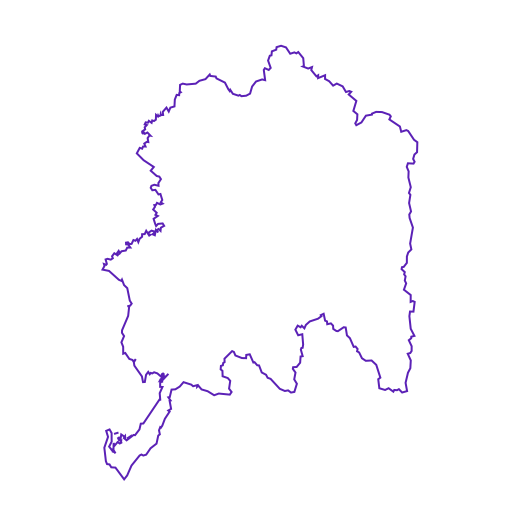 Friuli Venezia Giulia, Udine, Italy (Natural Earth projection), rotated 83°
{"feature_id": "23120603B53770696546298", "entity_name": "Friuli Venezia Giulia", "entity_type": "district", "adm_level": 2, "iso_a3": "ITA", "parent_name": "Italy", "parent_adm1": "Udine", "projection": "natural_earth1", "projection_center": [13.386, 46.114], "detail": "fine", "context": "isolated", "style": "outline", "palette": "violet", "viewbox_px": 512, "rotation_deg": 83, "n_neighbors": 0, "source": "geoboundaries", "source_scale": "gbopen_adm2", "svg_char_len": 6056}
<svg xmlns="http://www.w3.org/2000/svg" viewBox="0 0 512 512"><g transform="rotate(83 256 256)"><path d="M250.8,410.0L252.9,403.7L262.9,395.0L264.3,392.7L263.1,391.9L268.8,390.5L272.2,387.7L284.9,386.7L288.1,385.2L289.9,386.9L290.3,389.9L290.1,387.9L299.9,390.2L313.4,398.0L315.9,398.4L319.4,396.7L325.3,400.1L329.9,398.9L336.8,399.7L336.3,397.6L342.7,394.3L344.1,391.3L346.0,390.4L343.7,387.9L346.6,390.2L350.0,390.1L361.6,383.9L367.4,383.5L367.5,381.7L360.5,379.6L357.9,377.1L360.4,375.9L359.2,374.7L359.9,373.3L359.0,371.3L360.5,368.2L365.5,363.7L366.9,365.9L367.2,366.1L365.6,363.0L363.6,364.7L361.7,363.6L361.3,362.6L362.0,362.0L363.1,363.1L364.4,361.2L366.1,362.0L362.3,357.3L368.4,364.6L370.1,364.3L368.8,365.3L369.0,366.4L374.2,367.1L374.6,364.8L380.4,368.3L387.8,368.6L386.6,369.2L408.5,388.2L408.4,390.8L413.9,392.8L419.1,397.9L418.7,399.3L423.2,406.9L420.6,409.3L419.7,408.6L420.7,408.0L418.8,407.9L419.4,408.5L416.7,411.5L421.4,412.8L419.5,414.1L420.0,415.1L422.4,414.3L422.5,412.2L424.4,412.7L423.9,413.4L424.9,412.6L425.5,414.1L423.8,416.0L427.2,419.7L426.6,420.4L425.3,419.8L424.3,420.1L431.1,421.1L434.7,419.5L432.4,421.2L433.5,422.1L431.0,421.5L430.4,423.0L429.3,422.7L430.5,423.1L427.3,425.0L422.7,421.9L414.1,420.9L410.3,422.5L411.3,426.0L417.5,424.9L427.8,429.9L441.4,430.0L444.4,429.2L445.0,426.8L448.1,425.4L448.9,421.3L461.6,414.1L458.1,410.6L448.8,405.1L439.8,395.8L439.1,393.9L440.3,392.2L439.8,389.2L434.0,384.1L430.1,377.6L422.3,374.9L421.3,373.2L417.2,373.5L414.2,371.9L414.8,371.3L413.0,369.7L406.5,366.3L399.9,360.7L398.7,361.9L397.4,358.9L389.1,359.4L389.0,358.4L385.6,360.2L385.5,358.8L378.3,356.1L378.5,352.3L376.3,347.6L372.4,343.3L375.8,335.9L377.6,334.3L377.0,329.9L378.6,330.3L377.7,329.0L381.8,326.3L384.3,320.5L389.1,314.5L388.0,309.7L390.4,298.9L388.0,296.8L384.4,298.9L376.8,296.8L373.7,298.9L371.3,303.8L365.9,303.3L364.2,304.9L360.8,304.2L360.4,302.2L358.2,301.6L357.5,300.1L354.1,299.8L347.5,291.3L348.6,289.6L352.2,288.6L355.6,282.4L356.2,278.3L353.0,277.7L352.8,274.2L361.4,271.6L361.2,270.4L364.6,268.1L365.0,266.3L372.3,264.5L375.1,260.5L378.3,259.3L379.7,256.5L390.7,248.6L393.5,243.8L393.3,240.5L395.8,237.9L395.6,234.5L387.8,231.0L383.1,233.1L376.5,231.0L372.5,233.2L370.9,232.7L371.1,229.2L367.3,225.2L361.2,224.0L361.1,221.9L354.4,222.9L352.9,222.2L352.8,220.9L349.6,220.0L339.3,219.6L339.8,223.8L333.9,225.9L330.2,223.1L332.2,220.4L330.8,219.1L333.7,216.8L330.5,214.9L327.5,210.6L325.8,202.1L323.7,198.4L322.6,198.9L321.6,195.9L328.6,195.3L329.6,193.5L332.4,193.6L332.0,189.9L334.5,188.0L337.8,188.2L340.2,185.4L340.6,183.9L337.4,177.6L337.9,175.7L345.9,175.4L349.0,172.8L358.1,170.1L358.0,168.2L360.7,166.5L362.9,167.3L364.3,165.4L370.4,163.3L373.4,159.8L373.8,154.0L378.7,149.9L391.9,147.4L393.2,149.7L402.3,149.7L404.7,144.2L403.4,140.5L407.4,136.2L405.8,135.1L406.4,132.4L405.6,130.4L409.3,127.6L408.5,122.5L400.1,123.0L390.4,119.4L386.2,116.5L378.5,115.1L371.5,117.3L371.1,114.7L369.2,113.1L364.5,112.5L358.2,114.6L356.6,112.0L355.0,111.7L354.6,108.5L347.1,111.3L334.4,111.1L329.9,109.9L330.4,106.5L320.9,104.1L319.8,105.9L320.4,108.1L313.6,107.2L307.5,113.3L301.5,110.3L298.5,111.3L294.4,110.0L292.3,111.2L290.1,110.3L286.8,113.1L284.9,112.5L284.8,110.7L281.2,107.1L274.9,106.3L271.1,104.5L268.4,101.0L262.4,101.5L246.9,96.8L237.0,98.9L233.5,98.8L230.7,96.7L222.1,97.6L214.1,95.3L212.1,96.5L206.6,94.0L196.7,95.2L190.6,94.2L185.9,95.5L182.5,93.9L183.5,88.4L181.8,87.1L178.8,88.2L174.6,86.4L172.6,83.5L162.7,82.0L159.9,85.0L150.5,89.7L149.4,91.4L150.4,96.7L145.0,97.4L136.7,107.0L133.8,105.2L132.0,106.3L128.5,113.4L127.6,119.2L128.8,123.5L129.8,123.7L130.1,129.8L136.3,135.1L138.4,140.5L136.4,141.3L133.3,139.1L127.7,138.1L123.9,141.7L114.3,137.5L107.0,144.3L104.6,141.5L103.6,143.3L104.2,146.7L98.2,149.3L94.7,154.8L96.3,158.7L91.4,162.1L88.7,165.9L85.0,165.4L87.0,172.7L84.2,172.3L85.1,174.1L78.2,178.5L75.3,177.4L76.3,181.4L73.6,186.4L73.3,185.3L65.4,185.0L58.7,189.2L59.8,191.2L58.6,193.1L59.4,197.4L52.6,200.8L50.4,205.5L51.2,210.1L53.7,210.8L54.8,215.3L58.7,216.2L58.9,217.9L63.5,220.2L71.1,218.5L72.9,220.7L70.7,224.3L72.3,225.6L82.6,225.5L81.5,228.4L82.8,234.7L87.3,239.2L94.1,242.1L95.7,246.2L95.6,251.0L94.2,252.5L94.7,253.9L92.2,259.2L87.9,261.3L89.1,262.0L87.2,263.1L80.1,265.7L74.9,273.6L73.0,274.1L71.7,279.4L70.2,279.8L74.3,284.6L75.2,290.8L77.6,294.8L77.3,303.9L76.0,307.7L76.9,310.5L83.3,311.6L84.3,310.7L84.9,312.3L87.0,312.7L86.4,315.1L90.8,317.5L97.6,318.7L98.3,322.9L102.0,325.0L97.8,326.8L101.6,331.0L104.7,331.0L104.5,333.1L103.5,333.3L105.0,333.8L105.4,335.7L104.6,336.0L105.5,336.4L103.7,338.0L108.5,338.8L109.6,340.8L108.8,342.5L111.1,343.4L108.8,345.9L110.5,347.0L109.9,349.2L111.8,350.4L112.7,348.4L114.7,350.8L116.8,350.6L118.5,353.8L119.9,353.9L120.6,353.3L119.6,352.3L121.2,351.4L120.2,348.7L123.7,346.1L123.4,347.1L125.8,349.2L129.8,349.0L129.4,350.5L130.8,353.2L133.9,352.3L133.6,354.8L135.6,355.9L134.5,358.2L139.6,361.8L147.2,355.9L155.2,346.6L158.5,350.1L164.5,344.8L165.4,342.3L168.1,341.0L171.7,344.0L174.4,344.2L172.9,348.2L173.6,351.2L175.5,352.2L178.1,350.9L178.1,347.8L183.0,345.3L182.8,343.3L189.0,342.2L191.1,344.0L192.6,342.3L193.2,344.7L191.2,347.8L193.1,349.1L193.1,350.7L194.8,350.2L197.3,352.4L201.0,349.3L202.9,350.8L204.3,348.6L206.6,353.1L211.6,352.2L214.1,351.5L212.2,349.3L212.3,344.7L214.9,343.5L216.3,347.0L219.4,347.7L217.3,349.4L218.1,351.2L220.7,350.3L217.9,352.2L223.1,353.9L221.8,356.0L220.5,353.9L219.1,354.3L218.1,356.6L219.8,359.9L221.0,360.2L222.1,358.3L222.7,359.5L217.6,361.9L220.7,363.8L220.5,366.4L223.0,366.7L224.7,369.4L227.9,371.1L224.6,372.0L226.2,373.8L225.2,375.7L228.8,378.0L228.8,380.0L226.8,381.4L226.9,383.4L228.6,383.5L229.0,381.5L232.3,379.7L232.0,382.8L234.7,384.6L234.9,388.9L236.7,390.8L234.2,391.7L236.3,393.6L237.6,392.5L238.5,393.3L236.0,396.3L238.7,398.9L240.8,398.4L241.9,400.6L240.7,403.7L241.1,405.7L245.7,405.0L246.5,405.8L245.4,407.9L247.4,407.6L250.8,410.0ZM420.5,403.6L420.0,403.3L421.4,406.2L420.5,403.6ZM415.3,418.6L414.5,414.0L415.3,418.6Z" fill="none" stroke="#5b21b6" stroke-width="2"/></g></svg>